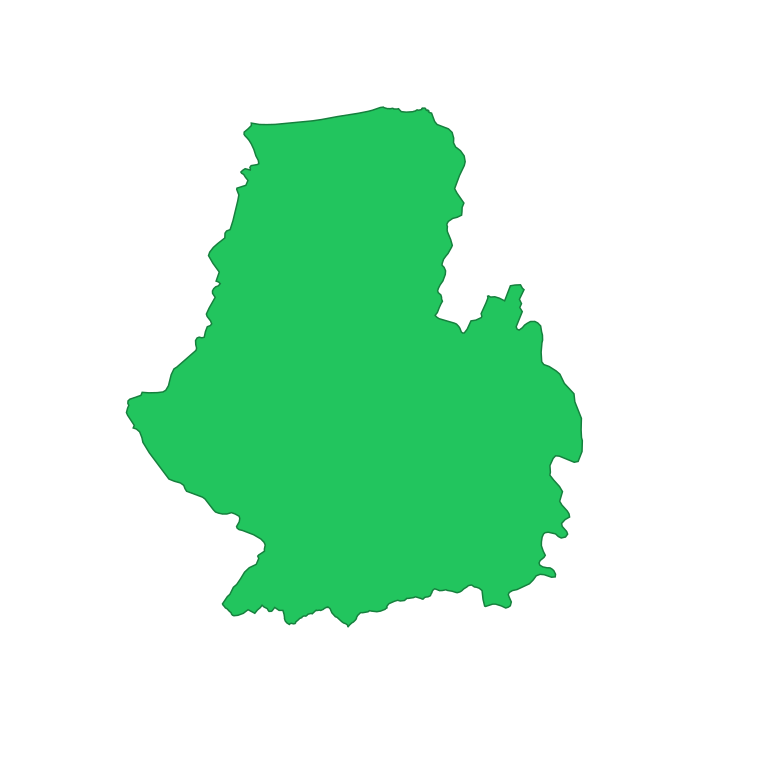 the district of San Carlos, Maldonado, Uruguay, rotated 202°
{"feature_id": "84410073B16503485399058", "entity_name": "San Carlos", "entity_type": "district", "adm_level": 2, "iso_a3": "URY", "parent_name": "Uruguay", "parent_adm1": "Maldonado", "projection": "robinson", "projection_center": [-54.965, -34.66], "detail": "fine", "context": "isolated", "style": "filled", "palette": "green", "viewbox_px": 768, "rotation_deg": 202, "n_neighbors": 0, "source": "geoboundaries", "source_scale": "gbopen_adm2", "svg_char_len": 6159}
<svg xmlns="http://www.w3.org/2000/svg" viewBox="0 0 768 768"><g transform="rotate(202 384 384)"><path d="M294.6,527.1L299.5,524.9L303.6,522.4L303.3,506.3L309.1,506.8L313.9,506.4L317.8,504.5L320.0,504.9L320.8,504.2L319.9,502.8L319.8,497.3L320.3,485.6L318.6,483.4L318.7,482.0L322.8,477.6L327.0,475.1L327.4,466.0L328.7,461.4L330.1,460.7L331.8,461.2L334.5,464.1L336.2,465.3L339.2,466.7L341.5,466.8L357.4,465.2L360.3,465.8L362.3,466.8L361.3,470.2L361.4,475.5L361.2,479.7L360.8,482.6L362.4,484.3L363.2,486.1L364.7,487.9L367.9,489.0L369.2,490.5L369.4,493.0L369.1,496.9L368.0,501.6L368.2,508.5L369.3,512.0L372.0,514.7L374.7,515.9L375.2,517.5L375.5,522.0L374.6,525.6L373.5,529.1L372.6,536.2L372.6,538.1L376.3,542.9L382.3,549.0L383.4,551.0L384.2,553.8L385.3,554.9L385.6,556.4L385.2,558.9L382.3,563.3L378.6,566.0L375.3,569.6L376.2,572.8L377.7,577.0L377.7,581.7L387.9,588.4L391.7,591.6L392.1,605.7L391.4,616.6L392.0,620.5L395.1,625.5L400.4,628.9L404.4,630.1L406.3,630.5L409.9,633.7L411.5,638.1L415.1,642.8L419.8,644.7L432.0,644.5L435.4,646.4L441.4,653.0L443.6,652.7L444.3,652.9L444.7,653.6L444.6,653.8L444.8,654.0L445.2,653.9L445.5,654.2L445.9,653.7L446.2,653.7L446.6,654.2L447.2,653.7L447.8,654.0L448.6,654.9L449.4,655.1L450.6,654.7L451.2,654.1L451.8,654.2L452.1,653.6L451.9,653.3L452.0,652.9L452.4,652.2L454.5,650.8L455.9,650.6L456.4,650.2L457.2,648.8L458.0,648.4L459.4,647.2L465.2,644.4L470.0,643.0L471.7,643.8L472.2,643.8L473.6,644.7L474.8,643.9L477.9,642.7L478.8,642.9L479.4,642.8L481.8,641.3L482.4,641.3L484.1,640.5L484.7,640.6L485.7,640.3L486.5,640.4L487.3,640.2L488.3,640.5L491.0,639.0L497.3,633.5L500.8,630.9L509.2,625.4L527.2,614.6L541.0,605.8L548.9,601.2L582.2,583.9L589.8,580.6L596.6,578.0L604.8,576.2L603.8,574.0L605.6,569.7L608.0,565.2L607.3,563.1L605.9,562.1L602.8,560.7L600.4,559.4L597.0,556.9L592.6,552.8L588.2,547.5L584.4,544.3L582.6,541.4L583.8,539.9L589.0,536.7L589.5,534.6L588.4,533.3L588.1,532.3L593.4,531.6L595.2,529.0L596.1,526.9L595.0,526.1L592.6,525.7L589.8,523.7L586.4,521.8L586.5,516.5L593.7,510.5L593.5,509.3L589.4,504.9L588.2,499.0L585.2,478.7L584.5,469.5L587.3,466.9L587.9,464.3L586.3,459.8L590.8,451.9L593.4,446.7L595.0,441.0L594.8,437.3L587.8,431.8L578.7,426.1L578.2,416.5L575.6,416.6L573.4,415.7L574.4,412.9L576.5,411.0L577.6,408.6L577.9,406.0L576.9,403.8L573.0,401.1L574.6,388.8L574.9,382.3L573.3,380.4L568.4,377.5L566.3,375.2L566.9,373.1L569.3,370.9L569.2,365.7L568.2,360.0L570.2,358.6L572.9,358.2L574.5,356.7L575.0,353.7L573.3,350.0L571.2,347.1L570.9,344.8L582.4,322.1L584.4,319.3L584.8,312.9L583.2,301.6L584.0,296.4L586.0,293.8L590.9,291.1L598.8,287.7L605.1,285.7L605.1,282.4L614.0,274.7L615.0,272.4L614.2,270.0L612.6,268.6L612.7,265.7L612.1,261.0L609.9,258.9L600.1,252.1L600.1,249.3L596.7,249.5L592.6,248.1L588.3,243.5L585.7,239.6L575.7,232.2L547.8,215.3L542.0,215.3L535.7,216.0L531.7,215.0L529.2,212.3L526.8,210.6L509.8,211.1L506.8,210.3L495.0,203.4L492.3,202.2L489.0,202.3L484.9,203.0L480.9,204.7L477.2,207.6L473.2,207.7L468.7,207.1L467.3,205.2L466.6,202.0L467.3,196.6L466.1,195.3L463.8,194.7L460.4,195.2L448.5,195.4L440.2,194.2L435.9,192.3L433.8,190.2L433.1,186.2L432.2,184.2L436.1,178.6L436.6,177.1L434.8,175.4L434.9,168.9L440.1,163.2L442.8,157.3L444.1,149.3L445.5,142.9L447.5,139.1L448.1,131.3L449.6,128.2L451.4,119.6L450.2,118.6L448.8,118.0L447.2,117.0L445.3,116.8L442.4,115.4L440.2,114.7L439.3,113.7L437.9,112.9L436.4,112.9L432.8,114.8L428.5,118.7L425.5,123.8L417.9,123.0L416.7,127.0L414.9,130.4L414.2,133.2L411.8,132.3L408.1,132.0L406.4,130.6L405.4,130.1L403.4,131.0L402.8,131.7L401.6,135.9L396.5,134.8L392.9,136.2L390.4,133.0L388.9,130.5L388.4,129.2L386.8,127.3L384.6,126.1L381.7,125.6L381.2,126.7L380.3,127.4L378.1,127.7L376.8,128.5L376.5,129.4L376.7,130.2L374.9,133.6L374.4,135.0L372.7,136.6L372.7,137.2L371.9,138.5L371.0,139.1L369.5,139.5L368.7,140.8L368.3,142.0L366.2,143.6L365.4,144.0L364.5,144.0L362.2,148.9L361.6,148.7L359.2,150.1L357.9,150.3L355.9,152.3L355.6,153.0L353.8,155.4L353.1,155.4L352.6,156.3L349.9,155.6L346.6,152.3L341.9,150.0L340.2,150.1L334.1,147.8L332.0,147.3L329.7,147.4L328.1,147.0L327.3,146.7L326.7,145.6L326.4,145.5L325.4,148.3L324.3,150.5L323.2,151.9L322.1,154.4L321.7,156.0L322.0,157.3L321.7,159.6L320.1,163.2L318.0,164.0L313.5,166.8L312.9,167.6L312.7,168.3L312.4,168.5L310.7,168.7L305.3,170.2L302.2,172.1L298.6,175.5L298.1,176.7L297.4,177.4L297.4,177.7L298.1,178.7L297.4,181.5L297.0,182.3L293.0,186.4L290.3,188.6L287.7,188.9L284.0,190.9L283.7,191.2L283.4,192.3L283.0,192.6L282.6,193.8L281.4,194.2L276.6,197.0L275.1,198.5L269.3,199.0L268.0,198.9L267.2,199.2L266.3,201.4L265.1,202.3L263.5,203.1L261.7,205.1L261.7,207.7L261.4,208.3L261.7,209.9L261.4,210.7L261.4,211.3L260.3,213.1L256.9,213.3L256.4,213.1L255.7,213.3L255.1,213.2L252.5,214.4L249.4,216.5L248.2,216.3L243.2,217.4L238.9,217.7L237.8,218.0L235.7,219.7L234.5,221.3L233.3,223.9L231.2,226.8L230.2,228.7L227.8,230.3L227.2,230.4L224.2,229.7L222.1,230.2L219.2,230.3L215.7,229.2L211.5,221.4L207.5,215.8L206.5,215.8L200.8,220.6L198.1,221.7L192.0,222.2L187.2,221.9L185.1,223.7L183.8,225.7L184.3,229.6L188.2,233.4L189.9,235.3L189.8,237.6L187.5,240.6L183.6,243.3L174.3,253.3L172.2,258.4L171.0,263.2L168.0,266.0L164.0,267.2L156.3,267.6L153.0,269.3L153.7,271.9L156.7,274.6L159.0,275.4L161.2,275.7L163.9,274.7L168.2,273.9L171.6,274.4L173.2,276.1L173.1,278.8L170.7,283.2L170.3,285.6L173.7,288.6L177.5,293.0L178.9,296.6L180.0,301.2L179.9,304.8L178.9,306.5L176.2,308.1L168.8,309.3L165.3,307.9L162.0,307.6L158.4,310.1L157.5,313.6L159.4,315.7L165.4,318.7L167.1,321.2L165.3,326.1L162.1,330.2L163.8,332.9L166.5,334.9L173.7,338.4L177.2,341.1L178.2,351.1L182.9,354.7L190.7,358.5L196.1,361.6L196.7,364.6L199.6,370.5L199.3,378.4L198.0,381.7L194.4,382.8L178.3,382.7L175.0,384.9L175.1,395.6L178.9,405.8L180.8,408.3L184.1,415.4L188.1,426.1L200.4,439.0L204.2,446.1L217.0,452.1L224.6,459.0L229.3,460.6L237.4,462.1L243.1,461.9L246.1,463.7L250.2,472.3L253.0,481.4L253.4,484.1L255.4,488.7L257.4,491.4L260.5,496.5L264.3,498.2L267.6,498.5L271.6,496.8L274.0,493.9L275.7,491.3L276.8,488.0L278.9,484.6L281.1,484.7L282.9,486.6L282.9,502.9L286.8,505.8L286.6,510.0L290.2,513.3L289.5,523.9L291.5,524.6L294.6,527.1Z" fill="#22c55e" stroke="#15803d" stroke-width="1.5"/></g></svg>